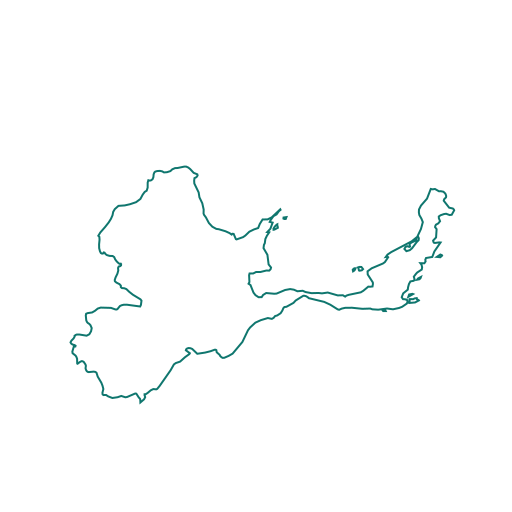 the border of Thailand, rotated 254°
{"feature_id": "THA", "entity_name": "Thailand", "entity_type": "country or territory", "adm_level": 0, "iso_a3": "THA", "parent_name": "Asia", "parent_adm1": "", "projection": "orthographic", "projection_center": [100.709, 13.031], "detail": "fine", "context": "isolated", "style": "outline", "palette": "teal", "viewbox_px": 512, "rotation_deg": 254, "n_neighbors": 0, "source": "natural_earth", "source_scale": "50m", "svg_char_len": 6109}
<svg xmlns="http://www.w3.org/2000/svg" viewBox="0 0 512 512"><g transform="rotate(254 256 256)"><path d="M219.0,55.8L218.8,57.4L219.5,57.8L220.4,57.0L221.5,55.2L222.8,54.2L224.1,53.9L225.5,55.2L227.0,57.9L228.6,59.5L229.3,59.6L229.8,60.9L229.9,62.1L229.2,64.6L226.1,71.2L226.7,74.2L229.1,76.7L232.0,78.2L235.1,77.8L236.7,77.0L238.1,75.8L239.3,75.3L240.9,75.1L245.8,76.0L247.3,76.8L247.5,78.5L246.9,82.9L247.7,86.1L249.1,89.4L249.2,92.5L246.1,102.3L243.4,106.1L243.0,107.2L243.1,108.1L245.4,111.4L245.7,113.2L245.6,115.4L244.8,118.4L239.4,130.7L240.7,131.9L244.6,133.6L246.2,133.0L252.7,127.0L256.6,124.2L259.9,122.3L261.3,120.5L262.1,118.3L263.3,117.5L264.8,117.9L266.6,117.0L268.9,114.5L270.6,113.4L271.9,113.6L274.1,115.1L277.2,117.9L280.0,119.6L282.5,120.1L283.7,121.1L283.7,122.7L284.2,123.7L285.4,124.1L285.9,123.9L285.7,123.2L286.8,122.0L289.2,120.6L291.6,119.7L294.0,119.4L295.5,118.2L296.5,115.2L298.0,112.9L299.3,111.9L301.0,111.3L301.4,110.6L300.6,109.7L300.7,108.7L301.6,107.7L303.6,107.3L306.8,107.4L310.5,108.4L314.8,110.1L317.6,110.7L318.9,110.0L321.5,112.8L325.5,119.0L328.9,123.7L331.7,126.8L334.7,129.3L337.8,130.9L340.0,133.2L342.1,137.6L340.8,143.8L340.5,149.1L340.8,155.6L342.7,160.6L346.2,164.0L348.3,166.7L348.9,168.9L351.6,170.7L356.4,172.1L358.5,173.4L357.7,174.7L357.7,176.2L358.4,177.8L360.1,179.1L362.7,180.1L364.3,181.3L364.9,182.4L364.9,184.4L364.3,187.1L363.2,189.2L361.7,190.6L361.1,193.5L361.2,197.1L362.4,199.4L362.8,202.4L362.2,204.9L361.7,211.8L361.2,213.5L359.8,215.2L357.7,216.7L353.1,219.0L350.7,222.1L349.6,222.1L348.8,221.3L348.2,220.4L347.8,218.3L345.4,217.3L342.7,216.7L332.9,218.4L328.0,217.8L321.5,218.9L315.1,218.5L311.3,217.3L309.9,217.4L306.9,218.5L300.7,219.8L296.2,222.1L293.0,225.3L292.0,227.6L288.2,233.5L285.3,236.9L283.3,238.5L283.9,239.4L283.4,240.6L277.8,241.3L277.3,241.9L277.7,248.8L278.6,251.4L281.2,256.3L282.1,261.4L282.3,265.8L285.8,268.5L289.3,272.4L288.0,277.2L288.8,281.7L294.2,292.2L293.6,292.3L292.8,290.4L290.3,287.2L289.5,283.8L286.6,280.1L285.0,278.6L283.5,281.2L278.2,277.3L275.9,273.4L275.1,275.2L272.5,272.1L269.8,269.7L265.9,268.0L264.5,266.7L261.5,265.4L254.0,267.3L244.4,265.8L240.8,267.3L239.3,266.4L238.3,264.7L239.2,261.9L239.4,255.9L240.6,251.7L240.0,248.5L241.0,245.0L239.5,244.1L232.8,242.5L231.4,241.2L229.6,242.7L221.5,243.5L218.5,244.7L215.7,247.1L214.9,250.1L216.6,252.1L217.6,255.6L214.7,263.1L214.2,265.4L215.3,274.6L214.8,279.7L213.2,283.1L210.7,286.1L209.7,291.3L207.7,293.7L205.0,299.1L203.2,306.0L201.9,309.1L201.1,314.9L195.6,323.7L194.3,328.7L192.4,330.5L193.0,332.0L193.1,334.5L192.2,346.7L193.0,349.6L195.6,355.5L195.0,357.2L194.6,359.6L196.9,360.7L198.4,361.0L207.4,358.3L210.5,359.0L212.3,363.8L213.8,376.0L214.6,378.2L218.4,382.7L219.1,382.3L219.3,380.5L221.1,382.8L222.5,387.1L227.2,409.7L229.7,415.6L226.8,414.2L226.1,409.1L225.2,407.0L224.2,406.7L222.6,406.7L222.5,405.8L223.7,404.2L223.5,402.2L221.9,400.6L219.2,401.9L219.2,405.4L220.4,408.1L225.0,414.2L226.4,416.7L228.2,417.4L230.8,417.0L236.5,422.0L242.6,425.7L246.4,425.3L250.4,424.3L253.1,424.6L255.8,425.5L259.0,428.5L264.0,436.2L272.3,442.5L271.4,444.1L271.1,446.5L267.8,449.7L267.3,451.6L266.1,453.9L263.8,455.2L261.9,455.4L260.8,455.2L260.0,454.8L258.7,452.5L257.4,451.7L249.2,455.0L247.4,458.3L246.2,459.0L245.3,459.1L241.7,455.5L242.0,453.4L244.2,450.4L244.5,448.3L244.3,444.7L243.6,442.6L241.9,442.2L238.7,442.5L237.1,440.2L236.5,437.6L235.4,436.6L234.4,436.1L232.0,437.0L224.2,434.2L222.0,430.5L220.7,430.4L219.6,430.8L219.2,431.7L218.6,435.8L218.1,437.1L211.2,428.7L206.5,425.2L207.2,418.9L205.7,417.7L204.0,417.5L202.6,415.8L203.8,412.0L202.0,412.7L199.4,412.6L197.3,411.6L195.7,406.4L194.7,404.8L192.6,402.0L189.7,402.0L188.7,400.7L189.0,397.4L186.9,395.3L184.1,393.6L181.8,392.6L179.5,387.2L176.2,384.7L174.0,385.4L173.3,387.4L171.8,389.3L170.2,389.0L168.7,387.9L166.9,382.5L166.6,379.2L167.0,373.0L169.4,367.5L170.7,358.7L172.7,353.1L174.0,351.3L175.9,343.7L179.8,334.0L181.0,329.6L181.6,327.4L181.8,323.9L181.4,321.1L182.2,319.8L188.7,314.0L193.1,308.9L201.0,295.0L202.0,294.5L203.6,293.0L204.6,291.2L204.7,290.4L202.3,281.9L200.6,279.1L198.8,271.3L199.1,269.2L198.3,267.9L196.3,266.3L194.2,263.9L193.0,260.0L193.0,257.8L191.7,255.9L191.2,253.9L193.1,250.3L193.0,243.0L192.1,237.0L188.9,230.6L186.8,227.8L177.1,219.2L168.6,206.6L167.5,202.1L166.9,197.4L167.3,195.8L168.4,194.8L169.8,194.0L171.0,193.8L174.3,191.7L176.5,191.9L177.0,191.4L177.3,190.4L177.0,186.1L177.2,180.4L178.2,172.6L184.2,169.1L185.4,167.6L186.1,165.9L186.1,164.4L185.6,163.2L184.7,162.6L180.8,165.6L180.1,164.9L178.3,159.9L175.4,153.9L175.2,149.4L174.4,147.2L169.7,142.4L157.7,127.6L155.5,124.4L155.3,123.4L156.4,120.6L155.9,117.8L154.2,114.0L153.5,111.7L153.8,110.8L152.9,110.5L150.9,110.6L149.1,108.9L147.1,104.5L150.0,105.2L150.8,105.1L152.4,104.3L156.4,103.1L156.9,102.7L157.1,101.8L156.0,93.3L156.2,91.5L158.6,87.9L158.4,84.1L159.1,78.8L161.8,75.2L163.7,73.6L164.4,71.0L165.3,70.4L166.9,70.7L170.2,72.6L173.6,72.7L176.8,72.4L183.7,70.6L187.7,70.5L188.8,69.7L189.6,68.1L190.5,63.2L191.0,62.3L191.9,61.6L193.4,61.2L195.1,61.2L197.3,62.2L198.7,62.2L201.7,61.2L202.6,60.3L203.0,59.3L202.6,57.3L201.6,54.8L201.9,54.5L206.6,55.7L208.7,55.5L210.0,55.1L213.1,52.9L214.7,53.1L219.0,55.8ZM171.5,396.8L171.2,398.9L170.0,398.8L168.9,400.1L168.4,400.3L167.5,396.1L168.6,390.4L169.1,389.6L169.9,391.1L172.2,391.8L171.2,395.1L171.5,396.8ZM216.9,350.8L217.0,352.4L216.4,354.3L213.9,355.3L213.1,353.8L213.3,351.5L213.7,351.0L216.1,351.1L216.9,350.8ZM280.5,284.6L280.6,285.2L279.2,284.7L278.7,285.0L277.1,284.8L276.3,281.0L276.4,280.1L277.6,280.4L279.2,282.3L280.5,284.6ZM205.6,434.9L205.1,435.0L204.0,432.8L205.3,429.6L206.6,433.6L205.6,434.9ZM176.5,396.0L176.1,396.5L174.8,391.2L176.8,392.6L176.5,396.0ZM217.0,347.8L216.7,348.3L215.6,347.4L214.9,346.4L214.5,345.1L216.1,345.2L216.9,346.4L217.0,347.8ZM189.7,405.5L190.4,408.8L189.4,408.1L188.6,406.7L188.8,404.3L189.7,405.5ZM285.4,293.1L285.0,296.0L283.4,294.8L283.8,293.4L284.4,292.7L285.4,293.1ZM168.9,365.2L167.3,365.5L168.0,363.1L168.7,362.8L169.0,364.5L168.9,365.2Z" fill="none" stroke="#0f766e" stroke-width="2"/></g></svg>